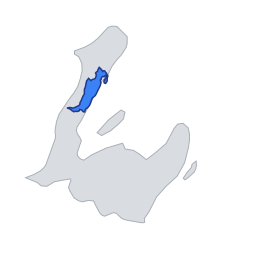 location of Nippes within Haiti, rotated 111°
{"feature_id": "HTI-1360", "entity_name": "Nippes", "entity_type": "Department", "adm_level": 1, "iso_a3": "HTI", "parent_name": "Haiti", "parent_adm1": "", "projection": "natural_earth1", "projection_center": [-73.453, 18.404], "detail": "fine", "context": "in_parent", "style": "filled", "palette": "blue", "viewbox_px": 256, "rotation_deg": 111, "n_neighbors": 0, "source": "natural_earth", "source_scale": "10m", "svg_char_len": 2543}
<svg xmlns="http://www.w3.org/2000/svg" viewBox="0 0 256 256"><g transform="rotate(111 128 128)"><path d="M210.1,78.6L211.5,80.9L214.5,96.2L214.8,101.1L211.8,108.5L212.3,111.4L218.7,118.2L218.8,120.7L218.0,123.1L212.6,129.6L208.5,134.0L209.8,139.1L213.2,143.9L213.6,148.0L212.6,153.3L207.4,159.9L204.7,162.3L197.0,162.6L196.1,163.5L200.0,170.0L204.4,177.3L211.5,182.9L213.1,188.3L211.4,193.3L211.1,205.8L205.7,199.8L199.7,194.7L196.1,192.7L192.4,191.5L163.9,192.1L160.7,193.0L158.2,194.6L155.6,195.4L147.8,197.0L140.0,197.3L121.8,193.2L114.6,191.1L107.3,189.8L99.0,190.2L90.7,191.4L84.1,194.4L79.1,199.6L78.2,204.4L75.2,205.6L68.5,197.9L62.4,192.5L55.4,188.4L41.0,182.6L38.4,179.0L37.2,174.7L43.0,161.5L49.7,159.0L53.3,158.6L61.5,160.2L69.4,163.2L76.7,165.2L88.0,166.0L94.1,169.2L137.3,174.3L145.5,175.9L148.7,175.3L151.5,173.3L153.9,169.8L156.5,167.1L169.3,166.5L172.0,165.3L173.9,161.5L173.9,157.7L166.3,152.5L154.5,141.1L144.1,127.6L148.6,123.1L146.9,114.8L148.5,107.2L151.0,99.6L140.7,93.2L128.6,86.8L111.8,84.8L106.6,83.1L103.9,78.3L106.3,71.9L111.8,68.3L118.0,66.1L124.4,64.6L139.9,62.7L155.2,64.8L168.4,71.4L181.9,76.6L198.9,78.4L206.5,80.3L210.1,78.6ZM144.5,149.9L143.4,155.2L127.0,148.9L113.7,140.9L114.3,136.5L121.1,135.5L127.6,138.2L137.2,143.5L144.5,149.9ZM153.4,54.4L156.0,56.2L155.1,58.4L148.6,57.0L141.9,54.6L139.7,55.2L138.4,54.9L134.5,52.6L137.9,50.8L141.4,50.2L145.3,50.3L153.4,54.4Z" fill="#d9dde1" stroke="#a8b0b8" stroke-width="1"/><path d="M84.6,167.6L85.3,167.1L85.5,166.9L85.6,166.7L86.4,165.6L86.8,165.4L87.4,165.3L87.9,165.4L88.4,165.4L91.3,164.4L92.1,164.3L94.4,164.9L94.5,166.2L93.2,167.2L91.5,166.9L91.5,167.4L90.1,166.9L88.8,166.7L87.6,166.8L86.2,167.4L86.6,167.7L87.7,168.3L88.7,168.6L88.8,169.1L88.8,169.7L89.1,170.2L90.2,170.8L92.2,170.5L93.2,171.0L95.5,169.5L98.2,169.1L108.4,170.0L109.7,170.3L112.2,171.8L113.7,172.1L118.8,171.9L121.3,172.2L123.6,173.1L124.8,173.9L125.7,174.3L126.8,174.4L128.4,174.1L128.8,174.9L128.8,175.8L127.8,177.7L128.0,179.7L129.6,179.8L130.7,181.1L131.2,182.9L132.2,184.3L131.9,186.6L131.1,188.7L131.1,190.4L131.2,192.1L129.6,189.5L129.1,186.3L127.0,184.1L124.6,181.9L123.1,181.4L121.6,181.9L120.0,181.7L118.3,181.5L114.9,181.5L111.6,181.0L109.5,181.9L107.2,182.6L105.2,182.5L103.2,182.8L99.1,183.5L95.8,182.6L96.5,180.9L97.1,179.6L95.6,178.8L94.7,177.5L93.6,176.4L91.8,176.3L89.8,176.6L88.3,178.0L87.2,177.6L85.9,176.8L83.8,176.9L81.7,176.6L82.9,173.7L84.3,171.9L83.3,171.3L83.0,170.3L84.1,168.8L84.6,167.6L84.6,167.6Z" fill="#3b82f6" stroke="#1e3a8a" stroke-width="1.5"/></g></svg>